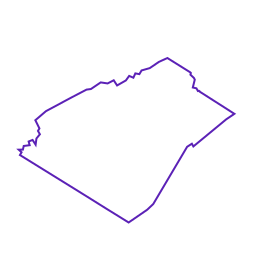 the district of Somerset, Pennsylvania, United States of America, rotated 32°
{"feature_id": "52423323B4372132198351", "entity_name": "Somerset", "entity_type": "district", "adm_level": 2, "iso_a3": "USA", "parent_name": "United States of America", "parent_adm1": "Pennsylvania", "projection": "orthographic", "projection_center": [-79.093, 40.003], "detail": "fine", "context": "isolated", "style": "outline", "palette": "violet", "viewbox_px": 256, "rotation_deg": 32, "n_neighbors": 0, "source": "geoboundaries", "source_scale": "gbopen_adm2", "svg_char_len": 801}
<svg xmlns="http://www.w3.org/2000/svg" viewBox="0 0 256 256"><g transform="rotate(32 128 128)"><path d="M178.6,207.8L187.6,187.1L189.7,179.1L188.1,112.6L190.5,107.5L193.2,109.0L206.7,68.6L210.7,59.6L171.5,59.2L169.5,59.2L169.2,58.9L168.4,58.9L167.7,59.6L165.0,58.1L161.5,59.3L159.0,51.6L157.3,50.6L152.7,49.7L152.1,48.0L151.1,47.8L124.3,47.8L119.2,55.5L114.7,65.7L109.0,72.0L109.1,76.3L105.3,77.8L105.9,82.5L101.4,83.2L101.0,88.8L96.2,97.7L90.6,95.1L87.1,101.0L80.7,103.8L75.9,114.6L72.5,117.4L64.5,131.0L60.7,137.6L49.5,157.2L45.3,170.5L53.1,175.3L53.2,178.2L56.6,180.0L55.9,185.4L58.5,191.1L53.4,188.7L50.9,192.1L53.7,194.7L49.1,198.5L50.3,202.0L46.8,204.3L50.6,205.0L50.7,208.2L124.2,207.9L126.6,207.9L151.7,207.9L152.3,207.9L178.6,207.8Z" fill="none" stroke="#5b21b6" stroke-width="2"/></g></svg>